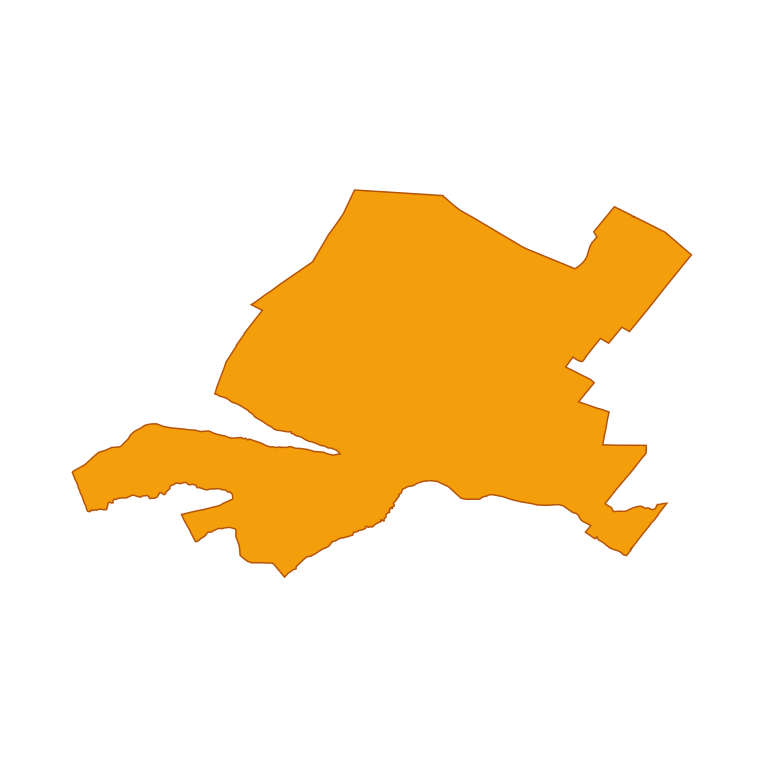 the district of Baia, Suceava, Romania, rotated 354°
{"feature_id": "2599482B74007881271800", "entity_name": "Baia", "entity_type": "district", "adm_level": 2, "iso_a3": "ROU", "parent_name": "Romania", "parent_adm1": "Suceava", "projection": "robinson", "projection_center": [26.198, 47.421], "detail": "fine", "context": "isolated", "style": "filled", "palette": "amber", "viewbox_px": 768, "rotation_deg": 354, "n_neighbors": 0, "source": "geoboundaries", "source_scale": "gbopen_adm2", "svg_char_len": 6136}
<svg xmlns="http://www.w3.org/2000/svg" viewBox="0 0 768 768"><g transform="rotate(354 384 384)"><path d="M652.8,532.2L648.5,532.1L646.0,532.6L643.7,532.4L642.4,533.2L642.2,534.1L640.8,536.3L638.7,537.1L636.8,536.7L634.7,535.2L632.2,534.7L631.4,534.9L630.4,534.7L629.7,534.3L628.1,532.8L625.0,532.2L619.6,533.0L615.9,534.1L613.0,535.2L609.9,535.8L603.3,535.0L599.9,535.0L598.7,534.2L597.0,530.4L592.5,527.2L591.5,526.0L604.1,513.0L622.9,495.0L632.9,484.5L636.9,480.9L637.3,480.4L637.8,477.3L638.1,476.6L638.3,472.4L610.6,469.4L595.2,467.4L598.0,457.5L599.8,452.4L602.5,442.6L604.9,435.4L597.6,431.9L594.0,430.6L575.7,422.0L593.2,404.7L589.8,401.1L566.4,386.1L574.7,377.0L576.7,378.8L580.5,381.5L583.5,382.4L584.6,381.6L587.6,378.2L587.4,378.0L604.0,361.3L611.7,366.9L626.5,352.4L633.6,357.5L655.4,336.0L674.9,316.0L703.2,287.7L679.5,262.5L649.8,243.4L649.7,244.0L647.9,242.5L647.9,242.1L631.6,231.8L608.5,254.6L611.1,260.1L605.7,265.2L603.3,268.4L599.6,277.4L597.6,280.6L594.8,283.8L590.4,286.9L586.0,289.4L540.6,264.9L535.9,262.0L489.5,227.4L477.8,219.2L470.3,211.8L463.8,204.7L462.7,204.0L462.4,202.8L375.0,188.0L362.1,209.1L362.1,209.5L353.3,219.9L344.6,229.5L325.7,255.1L291.6,273.6L282.0,279.3L274.6,283.2L264.9,288.9L260.3,291.2L270.7,298.0L250.4,319.0L250.4,319.6L241.4,329.8L240.7,331.4L229.2,345.7L227.0,350.7L217.9,368.7L214.7,376.3L216.2,376.5L218.7,378.6L224.4,380.9L227.2,382.8L231.1,386.3L235.7,388.3L238.9,390.5L246.2,396.2L246.5,397.1L247.1,397.4L247.5,398.1L248.6,398.7L250.3,400.4L252.0,403.1L252.8,403.9L253.6,404.2L254.4,405.0L259.4,408.5L263.9,412.5L267.6,415.0L270.2,417.6L273.3,419.0L275.9,419.4L279.0,420.4L283.7,421.6L285.8,421.6L286.7,422.1L286.5,422.9L286.9,423.5L287.9,423.7L291.1,426.2L296.0,428.0L300.5,431.6L303.1,433.0L306.0,434.0L310.2,435.9L314.5,438.5L318.3,439.4L321.6,441.7L324.9,442.3L329.3,444.6L331.3,446.4L332.9,449.2L331.4,449.0L325.8,449.5L324.8,448.8L323.3,448.6L318.9,446.8L317.0,445.6L306.2,443.5L305.3,442.6L303.1,442.2L301.3,441.2L294.0,439.3L289.7,438.8L285.1,436.7L283.2,436.5L280.2,437.0L278.9,436.6L276.9,436.5L273.7,435.8L270.2,435.9L267.2,434.9L264.4,434.7L260.8,433.2L255.1,429.7L254.1,429.1L252.9,428.9L251.8,428.0L247.8,426.5L246.7,425.7L244.1,424.7L243.8,424.7L243.2,425.3L241.9,425.0L241.4,424.1L240.3,423.4L239.2,423.7L238.0,423.5L237.1,422.6L235.7,422.2L228.1,422.1L224.5,421.2L220.7,419.2L215.0,417.4L210.2,415.5L204.9,412.4L196.5,412.1L190.7,410.0L185.2,409.2L180.8,408.0L168.1,405.5L160.6,403.3L153.7,399.9L149.9,399.5L147.4,399.4L142.2,400.0L136.5,402.8L130.9,405.0L126.7,408.0L123.8,411.9L115.8,418.5L114.2,418.9L106.4,418.7L99.8,420.9L93.2,422.1L87.4,426.0L78.4,432.8L66.0,438.2L64.8,439.2L67.1,447.5L68.4,450.5L69.4,456.3L70.4,458.4L70.4,460.2L71.9,463.9L73.5,471.1L74.8,474.5L75.1,477.1L75.6,478.7L76.0,479.5L78.1,480.3L79.0,479.8L79.6,478.7L80.1,478.6L81.2,479.4L83.3,479.0L85.2,479.4L86.1,479.3L87.6,478.5L92.1,479.7L94.5,480.0L95.6,478.9L95.6,478.0L96.7,475.5L96.9,474.5L97.9,473.0L98.3,472.8L99.2,473.1L100.5,473.9L102.1,473.8L102.2,472.1L102.5,471.4L103.6,470.5L104.2,470.3L105.0,470.8L105.6,470.7L107.1,470.1L109.5,469.8L116.0,470.3L122.3,468.2L123.6,468.5L127.3,470.2L129.8,471.0L130.6,471.0L131.8,470.2L133.2,470.1L136.7,470.2L137.8,470.7L138.3,471.6L138.4,472.5L139.3,473.5L141.7,473.3L143.6,473.7L146.4,472.8L147.4,471.8L149.5,468.7L150.1,468.6L151.0,468.9L153.4,471.0L154.5,470.9L155.1,470.4L156.3,468.4L160.0,465.7L160.2,465.3L160.2,464.0L160.6,463.4L161.9,462.5L163.4,462.3L165.4,461.6L166.4,460.8L167.1,461.0L168.3,460.9L170.7,461.8L174.9,461.1L177.0,461.4L178.8,463.5L180.7,464.0L183.4,463.7L184.2,464.0L186.7,465.7L187.3,467.6L189.7,467.8L193.5,469.5L194.9,470.4L197.1,470.8L201.1,470.2L203.9,470.7L206.9,470.6L208.8,470.8L211.9,472.2L214.0,472.5L215.6,473.3L217.5,475.1L218.2,475.4L219.8,475.2L221.7,478.3L221.6,481.7L221.3,482.7L211.6,485.9L207.8,487.7L191.4,490.0L184.3,490.6L168.9,492.6L170.8,498.1L175.1,508.2L179.8,520.6L180.4,521.3L182.8,520.6L185.7,518.6L189.7,516.6L191.0,515.5L193.1,513.2L197.0,513.1L200.3,511.6L203.9,510.5L205.8,510.4L207.9,511.0L209.7,510.5L214.6,510.4L216.1,510.6L221.0,512.7L221.5,513.8L220.8,519.7L220.9,520.9L223.0,529.4L223.2,532.7L223.0,539.3L225.6,542.3L229.6,546.0L233.7,548.0L241.1,548.7L253.8,550.4L255.4,551.4L264.9,565.7L268.9,562.2L275.0,558.9L277.0,558.8L277.4,558.1L277.3,557.2L278.0,556.1L286.8,549.3L289.3,547.9L293.5,547.5L300.4,544.5L301.8,543.4L303.2,543.0L305.8,541.6L308.9,540.9L311.7,539.7L312.6,539.1L314.4,537.3L314.5,536.8L315.6,536.1L316.1,535.4L319.8,534.8L322.4,533.4L324.4,532.9L326.5,532.6L327.0,532.9L329.8,532.3L332.9,532.0L334.6,531.3L336.6,531.2L337.1,530.8L338.5,528.3L341.7,528.1L342.7,527.8L343.5,527.1L347.0,526.7L349.8,526.1L350.8,525.2L350.5,524.3L351.0,523.8L351.6,523.7L352.6,524.1L353.0,524.8L353.7,525.0L356.2,524.3L356.8,524.8L357.6,525.0L359.4,523.5L362.2,521.9L366.8,520.4L366.8,519.5L366.4,519.0L366.7,518.7L367.3,518.8L369.4,520.3L369.9,519.9L370.1,517.7L371.6,517.0L372.2,516.3L372.3,514.5L372.7,513.7L375.4,512.2L376.0,512.2L375.8,510.8L376.7,510.1L376.5,508.9L376.7,508.5L377.8,508.5L377.9,507.9L378.2,507.8L379.3,508.7L379.5,508.6L379.2,507.5L379.3,507.1L381.1,506.7L381.6,505.1L380.9,504.2L380.8,503.8L381.1,503.3L384.4,500.5L384.6,500.1L384.4,499.3L385.4,499.0L387.2,497.1L387.5,496.6L387.3,495.4L389.2,494.7L389.8,494.0L391.7,490.4L392.8,490.2L395.7,489.1L396.4,488.6L402.2,488.2L407.7,485.9L414.3,484.7L416.0,485.0L418.5,484.7L426.7,486.4L437.4,492.9L448.7,505.7L454.1,507.3L467.0,508.5L470.7,506.6L474.4,506.2L476.5,505.3L478.1,505.2L480.2,505.5L483.2,506.2L490.2,508.4L499.2,512.4L507.5,515.4L517.5,518.1L524.2,520.4L533.4,521.7L544.8,522.1L549.5,523.9L558.4,531.6L561.5,532.7L563.5,534.8L564.7,538.1L565.8,539.9L567.6,541.6L574.9,546.4L568.8,552.4L577.5,559.9L578.6,559.3L579.1,558.5L579.9,558.3L580.1,559.9L580.9,561.4L584.7,564.1L587.0,566.1L587.5,567.0L589.2,568.2L590.3,569.6L591.7,570.8L595.0,572.6L598.7,574.1L601.8,576.0L603.3,577.5L603.9,578.6L607.1,580.0L612.5,574.7L611.9,574.1L612.9,573.1L613.2,573.3L624.9,560.9L633.2,552.7L635.4,550.1L638.5,547.6L643.0,542.8L643.1,542.3L652.8,532.2Z" fill="#f59e0b" stroke="#b45309" stroke-width="1.5"/></g></svg>